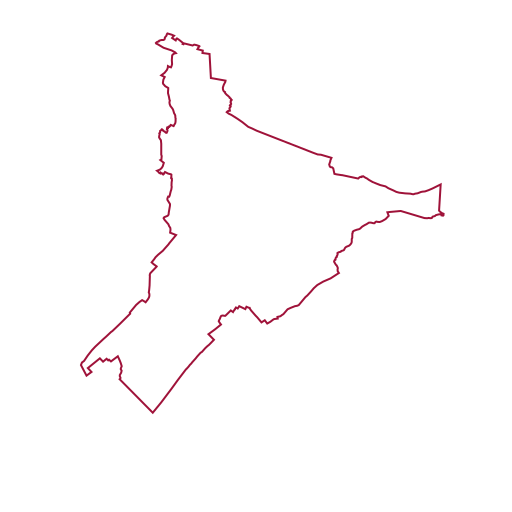 Valea Mare, Dâmbovita, Romania (Robinson projection), rotated 19°
{"feature_id": "2599482B24926147776787", "entity_name": "Valea Mare", "entity_type": "district", "adm_level": 2, "iso_a3": "ROU", "parent_name": "Romania", "parent_adm1": "Dâmbovita", "projection": "robinson", "projection_center": [25.228, 44.784], "detail": "fine", "context": "isolated", "style": "outline", "palette": "rose", "viewbox_px": 512, "rotation_deg": 19, "n_neighbors": 0, "source": "geoboundaries", "source_scale": "gbopen_adm2", "svg_char_len": 6088}
<svg xmlns="http://www.w3.org/2000/svg" viewBox="0 0 512 512"><g transform="rotate(19 256 256)"><path d="M407.3,128.2L400.9,134.7L397.7,137.6L394.8,139.9L392.6,140.9L391.2,141.7L388.4,144.1L386.1,145.3L384.9,146.3L383.8,146.6L381.7,146.8L376.7,148.2L370.8,149.5L367.8,149.7L364.7,149.3L359.0,148.8L355.8,148.0L350.2,148.5L342.3,148.1L338.1,147.3L335.4,146.5L334.1,146.4L331.4,145.7L330.1,146.4L330.3,146.8L330.2,147.0L328.7,147.5L328.3,147.8L327.4,149.5L311.1,151.5L310.4,151.7L305.4,152.6L303.4,152.8L300.5,148.0L299.1,147.4L297.6,147.7L296.7,147.4L295.4,145.6L295.4,142.2L295.2,141.4L295.4,138.6L284.4,139.1L281.3,139.9L276.6,139.8L215.8,137.3L210.8,136.7L206.6,136.4L199.6,133.9L193.9,132.3L186.7,130.6L183.8,130.3L181.5,129.5L181.9,128.6L182.3,128.1L184.0,127.1L183.8,126.8L183.5,126.6L183.3,125.7L182.9,125.3L182.8,124.9L182.9,124.4L183.3,123.6L183.2,123.1L183.3,122.6L182.3,122.3L182.3,122.1L182.4,121.6L182.8,121.0L183.0,120.4L182.8,119.9L182.5,119.5L182.1,119.3L181.9,119.0L181.9,118.1L181.6,117.8L181.6,117.3L182.1,116.8L182.2,116.4L181.5,116.2L180.9,115.4L179.7,115.1L179.6,114.8L179.4,114.6L176.8,113.4L176.2,113.3L173.9,112.1L173.6,111.7L173.4,111.1L172.2,110.9L171.3,110.2L170.4,109.0L169.8,107.4L169.8,104.4L170.3,101.4L170.1,100.1L155.4,102.4L146.3,80.1L139.3,81.5L138.8,79.1L133.3,79.5L133.5,78.1L134.2,76.1L133.9,76.0L131.2,76.0L129.1,76.2L128.6,76.4L127.6,77.6L118.7,78.4L118.5,79.4L117.6,79.4L117.7,78.4L112.8,76.6L110.4,76.0L110.0,76.6L109.9,78.3L105.7,77.2L106.2,75.6L106.8,74.4L104.2,74.2L99.8,74.4L99.5,75.3L99.6,76.8L98.7,79.1L99.0,80.2L98.9,81.1L98.1,81.9L96.4,82.5L94.5,83.8L94.2,84.3L94.3,84.7L94.2,84.9L93.0,85.6L92.4,86.4L92.0,87.2L92.4,87.6L94.7,87.9L100.8,89.2L109.2,89.1L113.4,89.8L114.2,90.3L113.6,90.6L112.2,91.8L111.4,93.5L112.6,98.1L114.2,101.9L114.3,103.9L114.2,105.3L112.9,105.4L110.9,105.1L111.2,106.2L111.3,107.3L111.2,109.0L109.9,112.6L107.6,116.0L111.4,116.5L111.0,119.4L111.6,122.6L112.1,123.4L114.9,125.0L118.3,125.7L118.7,126.8L119.1,128.5L119.8,130.7L121.8,133.7L123.3,136.4L123.9,137.0L124.1,138.8L124.8,140.3L126.2,142.0L129.1,143.9L130.2,145.0L132.1,147.7L133.3,148.7L134.0,149.6L134.8,151.6L135.4,152.4L135.6,153.5L136.0,154.4L136.4,156.4L136.3,157.3L135.9,158.8L135.9,159.6L135.8,160.0L132.7,159.8L132.5,160.3L132.5,161.0L131.9,161.5L132.1,161.8L132.0,162.2L131.1,162.4L131.0,162.6L130.8,162.8L131.1,163.6L130.8,163.7L130.2,163.7L130.5,165.2L130.9,165.3L131.4,165.9L131.6,167.0L131.4,168.6L130.8,168.8L129.7,168.4L129.3,168.0L128.7,168.1L126.9,167.6L127.0,167.3L125.9,166.8L125.6,166.9L125.5,167.6L125.3,167.8L125.1,168.3L124.6,169.1L124.9,169.7L125.1,170.6L124.6,171.5L125.3,172.4L125.4,174.1L125.7,175.3L126.5,176.1L128.4,177.5L129.9,180.8L133.4,191.0L134.3,192.2L135.1,195.4L134.3,196.4L138.5,197.9L138.6,201.6L138.2,203.3L137.6,204.6L136.9,205.7L134.7,207.6L135.9,208.0L137.3,208.9L137.9,209.0L138.6,209.1L138.7,208.2L141.4,209.1L141.4,208.2L142.2,208.2L142.6,206.2L146.1,206.7L149.0,206.4L149.5,206.6L150.1,208.4L150.3,209.9L150.5,210.1L151.2,210.1L151.6,211.2L151.9,211.8L152.2,213.7L153.2,217.0L153.8,218.1L154.3,220.8L154.3,222.7L154.7,226.8L154.6,228.2L153.6,228.4L153.5,229.5L153.6,231.0L154.1,231.9L157.7,234.8L157.9,235.2L158.3,236.6L159.3,242.9L159.8,245.1L159.8,245.6L159.5,246.5L159.1,247.0L156.7,249.1L156.4,249.7L156.3,250.3L157.8,251.6L162.8,254.5L164.2,256.1L165.7,257.2L166.3,258.3L166.7,259.4L167.2,261.9L173.6,262.2L169.6,272.8L169.6,273.2L167.5,278.2L166.2,281.4L163.0,286.7L161.4,289.9L160.8,292.1L159.4,296.0L161.7,297.0L165.5,298.2L165.4,298.6L162.4,305.1L161.7,306.6L161.6,307.8L161.9,309.1L162.1,309.3L165.0,318.6L166.1,323.1L166.5,325.4L167.2,326.1L167.7,327.0L168.2,328.5L168.3,330.0L167.9,332.1L166.7,335.7L164.9,335.2L162.7,334.8L160.8,337.4L158.6,341.3L155.1,350.6L155.8,351.5L149.4,364.5L144.6,373.8L143.7,375.0L140.4,381.3L138.8,384.1L133.5,394.1L131.5,398.6L129.3,404.9L127.6,411.2L126.1,413.4L126.0,416.1L134.7,424.3L138.2,419.2L133.5,416.7L141.7,403.6L145.8,405.7L148.2,401.8L150.2,402.8L150.8,401.9L153.2,402.9L158.0,395.8L161.4,399.4L163.0,401.3L164.9,403.9L164.8,406.3L164.9,406.8L165.0,407.1L166.3,408.2L166.5,410.2L166.0,412.9L166.2,413.6L166.5,414.2L167.4,415.1L167.6,415.6L167.4,416.5L167.2,416.9L209.4,437.8L214.0,425.4L219.3,409.1L222.4,398.9L226.7,385.9L227.0,385.5L228.2,382.7L229.0,380.3L229.9,378.6L230.1,377.7L232.3,372.5L233.1,370.2L235.1,365.5L236.1,364.3L238.0,359.7L239.3,357.2L240.5,355.3L243.5,348.9L236.5,345.4L241.2,338.6L245.2,332.2L243.3,330.9L242.0,329.8L242.0,328.9L242.3,327.2L242.3,325.6L242.5,324.2L242.8,323.8L243.9,323.1L246.2,322.7L246.5,322.5L249.9,315.7L252.5,316.5L252.6,315.7L253.4,313.5L253.2,313.4L253.8,311.2L255.8,311.6L256.5,308.9L263.2,309.7L263.5,307.1L266.3,307.3L266.9,307.1L267.6,308.0L269.1,309.1L275.0,312.5L277.2,313.6L282.8,317.0L285.2,313.9L288.6,316.2L291.0,313.5L292.9,310.6L293.7,309.7L296.9,308.1L296.1,306.6L298.7,305.0L299.8,303.3L300.8,302.1L303.2,296.1L305.5,293.9L309.1,290.8L311.2,289.6L312.4,288.5L316.1,278.8L317.4,276.6L319.5,271.8L321.1,267.7L323.4,263.5L327.9,258.3L333.8,252.9L339.9,245.1L338.3,243.9L337.6,242.5L337.3,240.8L336.8,240.1L335.3,238.6L334.4,238.3L331.7,236.0L331.6,234.9L331.8,234.1L332.3,233.8L332.3,233.1L332.0,232.5L332.0,231.9L332.2,231.1L332.7,230.6L332.7,230.3L332.4,229.8L332.7,228.2L332.4,227.3L332.0,226.8L332.0,226.7L332.8,225.7L334.7,224.4L335.1,223.4L336.1,222.8L337.1,221.9L337.3,221.3L337.5,219.7L337.8,218.8L338.5,217.8L340.6,216.0L341.3,214.8L341.9,213.2L342.0,212.0L341.8,211.1L341.0,208.8L341.1,207.5L339.7,203.2L339.9,202.9L339.9,202.5L339.6,201.4L340.6,200.1L342.8,198.3L344.7,197.1L345.5,196.2L346.8,193.7L348.8,191.3L350.1,190.0L351.9,187.7L353.8,187.0L356.3,186.8L357.4,186.4L357.8,185.1L358.5,184.3L360.1,184.1L361.9,183.6L363.8,182.0L366.5,178.9L368.4,174.8L366.0,171.9L368.0,170.9L378.2,166.3L402.9,165.3L405.4,164.6L406.1,164.3L406.6,163.9L408.8,163.4L409.8,162.9L410.2,161.3L412.1,160.0L412.8,158.8L415.0,157.3L417.2,156.2L417.8,156.5L418.1,157.2L419.7,157.0L420.0,156.5L419.6,155.0L417.7,154.9L415.1,154.0L414.3,153.4L407.3,128.2Z" fill="none" stroke="#9f1239" stroke-width="2"/></g></svg>